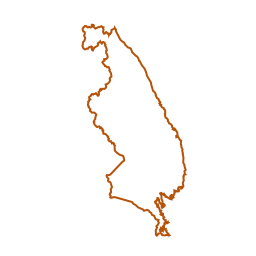 an SVG outline of Primor'ye, rotated 296°
{"feature_id": "RUS-2611", "entity_name": "Primor'ye", "entity_type": "Territory", "adm_level": 1, "iso_a3": "RUS", "parent_name": "Russia", "parent_adm1": "", "projection": "orthographic", "projection_center": [134.86, 45.37], "detail": "fine", "context": "isolated", "style": "outline", "palette": "amber", "viewbox_px": 256, "rotation_deg": 296, "n_neighbors": 0, "source": "natural_earth", "source_scale": "10m", "svg_char_len": 5794}
<svg xmlns="http://www.w3.org/2000/svg" viewBox="0 0 256 256"><g transform="rotate(296 128 128)"><path d="M115.7,103.5L115.5,102.9L116.7,102.1L116.9,101.5L115.3,99.7L116.4,96.5L118.2,94.7L118.6,95.1L119.9,94.3L122.0,94.6L123.1,94.0L126.2,93.6L127.1,91.0L126.0,88.7L126.6,87.3L126.7,86.3L128.4,86.0L129.5,83.5L130.3,83.3L130.6,82.3L131.6,81.6L133.1,81.4L134.3,80.6L135.0,81.1L136.1,80.8L137.1,81.6L137.7,80.2L138.6,79.5L139.1,79.6L141.1,80.7L141.8,80.4L142.9,80.8L142.8,82.1L143.7,82.6L144.1,83.4L145.1,83.7L145.3,84.3L143.8,86.5L144.0,87.1L145.2,87.3L147.7,85.8L148.7,86.5L150.0,86.0L151.2,86.2L151.3,86.5L150.6,87.4L152.2,88.1L152.9,89.8L154.9,90.5L155.9,90.1L157.3,88.8L159.1,90.4L161.0,91.1L163.0,91.0L164.5,89.8L166.2,90.1L166.9,90.6L169.7,88.8L171.5,86.0L172.4,86.1L174.3,83.9L173.4,82.6L173.9,80.8L173.6,80.0L174.4,79.3L174.8,77.8L175.7,76.2L176.6,76.2L178.3,77.4L179.4,76.4L180.6,78.2L181.3,78.6L183.0,78.6L184.9,77.1L185.7,75.6L188.0,74.5L188.5,74.9L189.8,74.0L191.0,72.9L191.5,71.8L192.3,71.1L193.0,71.3L193.7,70.1L194.5,69.4L194.4,68.0L194.1,67.6L192.5,67.6L192.3,67.3L193.7,65.1L192.8,65.1L191.8,64.2L190.8,63.8L190.0,64.5L188.8,64.7L185.3,62.4L182.3,62.5L182.2,62.0L182.4,61.5L183.6,60.4L185.0,60.2L185.2,59.2L183.4,57.5L181.6,57.2L181.3,56.1L179.9,55.1L179.7,54.1L180.5,52.4L181.8,51.1L183.2,50.9L184.4,50.2L186.2,50.1L187.1,50.6L190.0,50.2L191.9,48.0L193.5,47.9L195.0,47.2L195.5,46.5L195.2,45.5L196.4,44.2L197.4,43.7L199.2,43.9L200.0,44.6L200.8,44.6L201.3,46.0L200.9,46.7L200.8,47.8L201.9,48.5L201.8,50.0L202.1,50.6L202.9,50.9L204.0,50.7L204.6,50.2L205.1,50.4L205.5,51.9L204.8,52.5L203.7,52.4L203.7,53.4L203.0,55.1L205.4,56.9L207.0,59.0L207.8,59.3L207.8,60.1L207.4,60.8L207.7,61.8L206.7,61.8L205.6,63.0L204.0,63.2L202.9,63.9L202.2,65.0L202.7,65.8L204.2,65.9L204.7,66.5L203.9,68.3L204.5,69.2L203.2,70.1L204.3,70.1L204.7,70.8L206.6,71.1L208.9,70.2L211.4,72.2L212.2,72.1L211.5,72.9L211.2,74.1L209.8,74.6L204.0,82.4L203.2,84.9L203.1,87.0L201.4,89.4L200.4,92.7L200.7,94.6L200.5,95.9L197.9,98.6L196.4,103.2L196.2,104.9L195.1,106.9L193.4,108.3L193.3,109.2L190.5,112.9L188.5,117.1L185.8,120.1L183.4,122.0L178.7,129.0L177.5,129.6L172.4,134.2L171.8,136.5L170.1,138.5L169.6,138.5L167.6,141.0L167.6,142.5L166.8,143.1L166.5,143.9L165.6,144.4L165.5,145.6L165.1,145.9L163.7,145.5L163.5,146.4L162.8,146.8L163.3,147.8L162.2,148.2L161.5,149.3L161.4,151.6L160.8,151.9L160.2,153.6L157.8,154.9L156.9,154.8L156.6,155.4L154.7,156.3L153.8,157.4L153.8,158.3L153.4,159.4L152.8,160.3L151.5,160.9L151.2,162.0L150.2,162.8L150.3,164.2L149.6,166.4L148.0,167.4L147.4,169.6L147.1,169.0L146.5,168.9L146.5,170.4L146.9,170.4L146.8,170.8L147.6,170.7L145.8,174.0L142.8,176.1L142.5,175.9L142.4,175.1L142.0,174.8L140.9,175.5L141.9,176.3L141.8,177.3L140.0,180.2L140.1,180.9L139.9,181.3L136.8,182.4L136.4,183.0L134.0,184.6L132.7,186.4L131.3,186.7L129.0,188.7L128.5,188.6L125.9,190.7L121.1,192.8L119.3,195.1L118.2,195.7L115.6,198.2L113.9,197.7L111.7,199.2L111.4,199.9L110.5,198.9L108.9,198.9L108.5,199.6L107.5,199.6L105.4,201.1L102.9,201.3L101.7,201.8L100.0,203.3L97.3,202.9L96.8,202.3L97.6,201.7L98.4,201.9L98.5,201.6L96.8,200.0L97.1,199.6L96.7,199.4L94.9,199.7L94.6,201.1L94.1,201.5L93.1,201.2L92.7,200.3L92.7,199.5L92.0,199.1L92.4,198.0L92.2,197.0L90.5,198.0L90.8,198.3L89.2,198.3L88.4,198.8L87.1,197.9L86.9,196.4L85.0,195.9L84.7,196.5L83.8,197.0L84.0,198.1L83.0,198.5L82.6,197.2L83.0,193.6L82.8,193.0L83.1,192.5L82.8,191.9L83.4,191.7L83.4,190.9L83.8,190.6L83.6,190.4L83.6,189.4L84.2,189.6L84.7,189.0L83.3,187.7L84.1,186.9L84.3,186.4L84.1,186.1L83.3,185.5L83.0,185.6L82.8,186.6L81.6,187.9L79.0,189.1L77.6,190.9L75.5,192.1L74.7,191.6L75.4,190.7L74.1,191.6L74.0,191.2L75.3,188.5L77.0,187.5L78.0,186.2L78.2,185.4L77.8,185.1L77.0,186.5L76.5,186.6L76.7,186.0L76.3,185.6L75.1,185.2L74.1,185.5L73.7,185.2L74.0,184.8L73.5,184.6L72.4,185.8L72.1,187.7L71.5,188.1L72.3,188.7L71.6,189.0L70.9,188.2L69.9,189.1L70.3,189.5L70.9,189.0L70.3,190.3L68.1,192.6L68.1,193.8L67.2,193.4L66.8,193.6L66.7,195.2L65.5,195.4L64.6,195.1L64.4,195.9L64.9,196.3L64.7,197.0L65.9,196.8L66.1,197.1L64.2,198.2L63.6,199.7L62.5,199.2L62.0,199.6L61.2,201.5L61.7,202.2L60.9,202.7L60.3,204.0L61.0,204.7L60.5,204.8L60.6,205.6L59.6,205.0L59.9,204.2L58.8,203.8L58.8,202.5L58.5,202.4L58.1,203.2L56.2,203.1L54.0,204.1L52.6,203.1L54.1,203.0L54.5,203.6L54.9,203.6L55.3,202.7L52.0,202.5L52.9,202.0L52.8,201.3L51.2,201.7L50.7,201.2L49.4,202.1L49.4,202.7L50.9,203.5L50.7,204.5L51.7,204.1L53.6,206.1L53.0,206.2L52.8,207.5L51.7,207.8L49.8,212.3L49.2,211.8L48.8,209.3L47.7,208.4L46.7,205.6L47.8,204.6L47.6,203.2L46.3,201.5L44.3,201.4L43.8,200.9L44.4,199.9L48.2,197.8L51.2,197.8L51.9,196.7L52.4,196.6L53.7,197.2L56.4,197.3L57.1,196.1L58.7,195.8L58.2,193.4L58.4,192.4L60.6,190.0L60.4,187.8L61.8,186.1L62.1,184.0L62.9,183.0L62.8,181.0L60.6,178.7L61.3,177.2L61.1,171.9L62.2,168.4L62.1,166.6L62.4,165.4L63.3,164.4L60.2,147.0L59.4,145.1L58.5,144.3L57.7,142.9L57.8,142.5L59.6,142.0L60.2,140.7L61.4,140.5L62.6,141.0L65.7,139.3L67.7,139.6L71.3,136.2L71.6,135.3L71.3,134.1L71.8,133.2L73.6,132.8L74.9,130.4L75.6,129.7L76.3,129.6L77.4,131.7L78.4,132.5L95.2,137.8L96.7,138.7L97.6,138.7L100.7,136.0L100.8,135.3L100.3,132.9L100.4,131.7L101.1,128.0L102.0,126.0L105.8,123.9L106.6,123.9L106.9,122.8L107.8,122.4L107.5,121.8L108.1,121.2L108.1,120.8L107.2,120.2L107.8,119.6L108.1,118.6L108.6,118.3L108.1,117.8L107.9,117.1L108.7,115.5L109.4,115.3L110.0,115.6L110.7,114.0L111.5,114.0L112.7,110.5L112.1,108.3L113.1,107.9L114.2,106.4L114.8,106.9L115.4,106.1L115.3,105.8L116.2,105.2L116.1,104.0L116.5,103.7L116.2,103.3L115.7,103.5ZM75.3,193.4L75.1,194.4L74.5,195.0L73.6,195.0L72.0,194.1L72.7,194.0L72.2,193.4L72.7,193.4L72.4,192.6L72.9,192.4L74.1,192.9L73.4,192.1L75.3,193.4ZM85.8,199.1L86.3,199.8L84.8,198.9L85.4,197.2L85.9,198.2L85.8,199.1Z" fill="none" stroke="#b45309" stroke-width="2"/></g></svg>